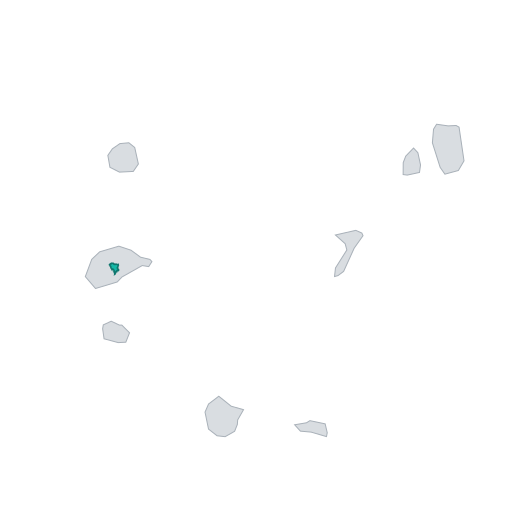 Sao Salvador Do Mundo, São Salvador do Mundo, Cabo Verde (highlighted), rotated 107°
{"feature_id": "66160863B42982614395502", "entity_name": "Sao Salvador Do Mundo", "entity_type": "district", "adm_level": 2, "iso_a3": "CPV", "parent_name": "Cabo Verde", "parent_adm1": "São Salvador do Mundo", "projection": "albers", "projection_center": [-23.615, 15.088], "detail": "fine", "context": "in_parent", "style": "filled", "palette": "teal", "viewbox_px": 512, "rotation_deg": 107, "n_neighbors": 0, "source": "geoboundaries", "source_scale": "gbopen_adm2", "svg_char_len": 3493}
<svg xmlns="http://www.w3.org/2000/svg" viewBox="0 0 512 512"><g transform="rotate(107 256 256)"><path d="M334.0,400.0L325.6,413.2L307.2,412.1L297.7,406.7L286.7,390.0L287.0,377.2L290.9,366.1L290.3,356.4L291.8,353.9L297.5,355.5L298.4,362.0L315.2,378.0L321.4,381.1L334.0,400.0ZM96.2,120.4L82.8,123.3L77.2,121.8L75.4,110.3L72.7,102.8L73.4,99.5L104.2,84.9L115.1,87.5L122.5,99.3L117.4,105.8L96.2,120.4ZM406.6,223.0L418.1,225.6L422.5,224.6L429.9,225.2L437.8,232.7L439.3,240.7L435.4,250.8L420.2,259.1L411.4,258.1L401.0,250.6L406.9,235.8L406.6,223.0ZM213.9,421.6L203.1,427.1L195.5,424.7L188.3,419.0L184.9,410.7L187.7,403.7L202.4,395.4L211.0,398.1L215.7,411.1L213.9,421.6ZM245.1,167.7L250.8,171.9L252.7,174.9L244.2,176.5L223.7,170.9L218.2,174.3L212.7,186.2L202.3,168.1L203.1,161.5L205.3,159.6L219.8,164.4L245.1,167.7ZM370.4,381.4L366.5,381.9L360.7,375.4L362.0,366.5L361.3,364.1L366.4,354.5L376.5,355.3L379.1,362.4L379.6,377.1L370.4,381.4ZM135.1,139.1L123.7,142.5L116.7,142.0L106.7,136.9L109.9,131.4L120.8,125.3L128.3,124.1L134.4,135.0L135.1,139.1ZM410.5,162.3L406.1,169.7L400.7,158.9L397.7,156.3L396.3,140.8L404.2,136.2L408.1,135.8L408.3,151.8L410.5,162.3Z" fill="#d9dde1" stroke="#a8b0b8" stroke-width="1"/><path d="M305.5,392.5L305.6,392.4L305.9,392.4L306.0,392.3L306.3,392.6L306.4,392.8L306.5,392.9L306.4,393.0L306.5,393.3L306.8,393.3L306.9,393.5L307.0,393.6L307.3,393.6L307.4,393.4L307.5,393.0L307.5,392.9L307.8,392.7L308.0,392.6L308.3,392.5L308.3,392.4L308.3,392.2L308.4,391.8L308.5,391.8L308.8,391.8L309.0,391.7L309.3,391.5L309.5,391.4L309.7,391.2L309.8,391.1L310.0,391.0L310.2,390.9L310.3,390.8L310.4,390.6L310.5,390.4L310.8,390.1L310.7,390.1L310.5,389.9L310.4,389.8L310.4,389.7L310.5,389.6L310.5,389.4L310.5,389.2L310.4,389.1L310.5,389.0L310.6,388.9L310.8,388.8L310.9,388.7L310.7,388.6L310.8,388.5L310.7,388.3L310.7,388.2L310.8,388.1L311.0,387.9L311.1,387.7L311.3,387.5L311.4,387.4L311.5,387.4L311.8,387.3L311.8,387.2L312.0,387.0L312.1,386.9L312.1,386.7L312.3,386.7L312.4,386.8L312.4,386.7L312.5,386.7L312.6,386.8L312.8,386.9L312.9,386.7L313.0,386.6L313.2,386.4L313.3,386.3L313.4,386.5L313.5,386.5L313.6,386.4L313.7,386.2L313.8,386.2L314.1,385.9L314.3,385.8L314.6,385.8L314.7,385.7L314.8,385.7L314.7,385.6L314.4,385.5L314.1,385.6L313.9,385.5L313.7,385.5L313.5,385.4L313.4,385.5L313.5,385.7L313.5,385.8L313.6,386.0L313.4,386.1L313.3,385.9L313.2,385.9L312.9,385.8L312.9,385.7L312.7,385.7L312.5,385.4L312.4,385.2L312.2,385.0L311.9,385.0L311.7,384.9L311.4,384.8L311.4,384.7L311.2,384.8L310.8,384.8L310.7,384.8L310.4,384.6L310.3,384.4L310.3,384.1L310.4,383.9L310.3,383.7L310.3,383.4L310.2,383.3L309.8,383.2L309.7,383.3L309.2,383.4L309.1,383.5L309.0,383.8L308.9,383.8L308.8,384.0L308.7,384.2L308.7,384.3L308.7,384.5L308.6,384.8L308.3,384.8L308.2,384.8L307.8,384.9L307.7,384.9L307.4,384.9L307.4,385.0L307.2,384.9L306.9,384.9L306.7,384.9L306.7,385.0L306.4,385.1L306.2,385.1L305.9,385.1L305.7,385.1L305.4,385.0L305.2,385.0L305.1,384.9L304.9,385.0L305.0,385.1L304.9,385.3L304.7,385.3L304.5,385.5L304.4,385.5L304.5,385.7L304.7,385.8L304.7,386.1L304.7,386.3L304.7,386.5L304.7,386.8L304.6,387.1L304.8,387.3L304.9,387.5L305.0,387.7L305.1,387.9L305.0,388.0L305.3,388.3L305.3,388.5L305.2,388.5L305.3,388.7L305.3,388.8L305.5,389.0L305.5,389.3L305.4,389.5L305.2,389.5L304.9,389.7L304.9,389.8L304.9,390.1L304.9,390.3L305.0,390.4L305.0,390.5L305.0,390.8L305.0,391.0L304.9,391.0L305.0,391.2L305.0,391.5L305.0,391.8L305.1,392.0L305.3,392.3L305.5,392.5Z" fill="#14b8a6" stroke="#0f766e" stroke-width="1.5"/></g></svg>